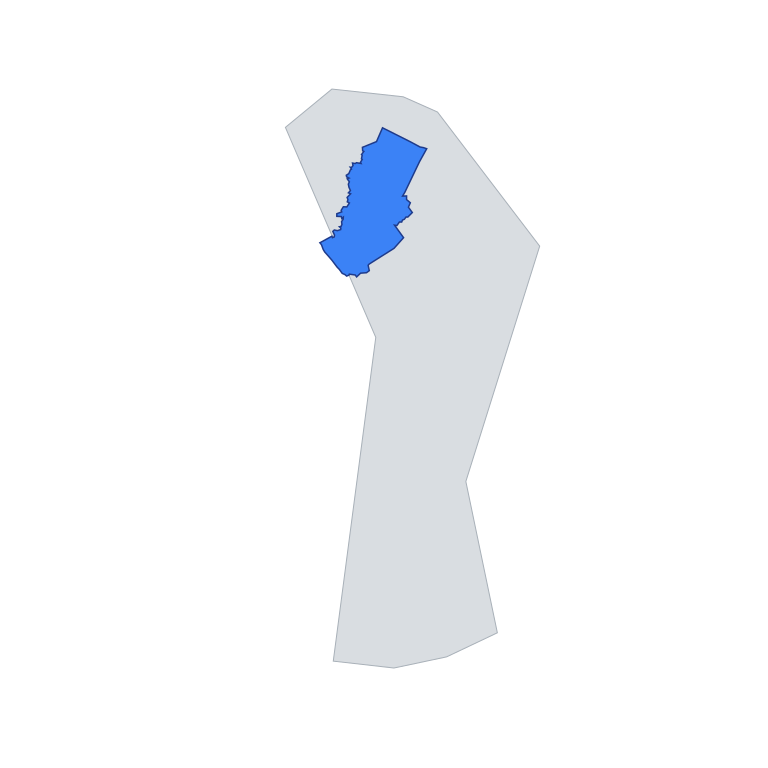 Talofofo, Guam (highlighted), rotated 143°
{"feature_id": "77769853B17205204900927", "entity_name": "Talofofo", "entity_type": "district", "adm_level": 2, "iso_a3": "GUM", "parent_name": "Guam", "parent_adm1": "", "projection": "orthographic", "projection_center": [144.734, 13.336], "detail": "fine", "context": "in_parent", "style": "filled", "palette": "blue", "viewbox_px": 768, "rotation_deg": 143, "n_neighbors": 0, "source": "geoboundaries", "source_scale": "gbopen_adm2", "svg_char_len": 1613}
<svg xmlns="http://www.w3.org/2000/svg" viewBox="0 0 768 768"><g transform="rotate(143 384 384)"><path d="M308.3,648.3L248.1,650.9L195.8,601.8L177.6,569.0L176.7,400.4L377.3,256.9L443.2,117.1L498.2,128.4L547.0,151.2L591.3,193.2L362.5,426.2L308.3,648.3Z" fill="#d9dde1" stroke="#a8b0b8" stroke-width="1"/><path d="M208.3,546.2L210.2,549.0L212.6,551.6L217.1,561.4L231.0,589.5L244.1,582.1L258.8,586.0L260.7,583.1L260.1,581.9L263.9,580.8L263.8,579.8L266.5,577.4L266.2,576.5L269.4,575.2L269.6,573.9L272.8,577.3L274.3,577.4L276.2,579.4L277.3,577.1L279.6,576.5L280.5,577.4L280.6,575.2L282.0,575.2L285.5,573.2L288.5,573.4L289.2,571.9L288.0,569.5L289.9,570.0L290.0,566.3L292.2,565.1L293.6,562.2L294.4,558.7L297.4,558.1L296.2,556.0L301.2,555.2L301.8,553.0L303.7,551.6L302.7,549.4L307.1,547.8L309.8,550.0L313.7,548.5L314.2,546.9L319.2,548.4L320.8,546.3L317.3,543.4L318.1,541.6L316.1,541.7L317.4,540.2L320.2,539.2L321.5,536.8L323.4,535.7L325.0,536.4L324.6,534.5L325.7,533.4L328.9,534.5L331.0,536.9L333.0,536.7L333.9,532.7L335.2,531.4L337.1,531.9L336.7,533.4L350.2,535.4L350.1,532.9L351.6,528.0L351.6,527.8L351.9,525.1L351.5,520.3L351.1,514.2L351.1,505.5L350.7,502.4L350.8,497.5L349.3,494.8L348.9,492.7L346.5,492.0L345.6,492.6L341.4,488.4L341.4,486.0L336.0,486.6L331.0,483.4L327.5,483.4L326.8,485.0L325.2,488.4L323.6,488.7L310.0,487.6L294.4,486.3L280.3,489.1L280.0,504.5L278.3,502.8L274.2,504.1L272.4,502.7L270.6,503.8L268.6,503.3L265.9,504.1L264.5,503.0L258.2,503.9L258.1,510.5L253.9,512.9L255.0,517.7L252.8,520.6L256.1,522.9L251.9,524.6L221.8,540.2L208.3,546.2Z" fill="#3b82f6" stroke="#1e3a8a" stroke-width="1.5"/></g></svg>